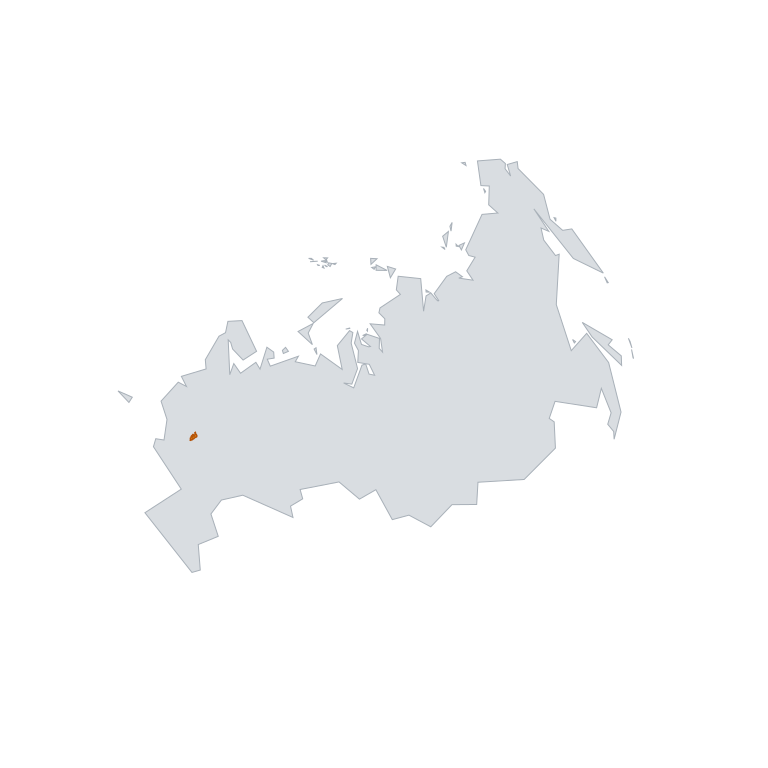 where Moskva sits in Russia, rotated 30°
{"feature_id": "RUS-2365", "entity_name": "Moskva", "entity_type": "Federal City", "adm_level": 1, "iso_a3": "RUS", "parent_name": "Russia", "parent_adm1": "", "projection": "orthographic", "projection_center": [37.264, 55.525], "detail": "fine", "context": "in_parent", "style": "filled", "palette": "amber", "viewbox_px": 768, "rotation_deg": 30, "n_neighbors": 0, "source": "natural_earth", "source_scale": "10m", "svg_char_len": 4602}
<svg xmlns="http://www.w3.org/2000/svg" viewBox="0 0 768 768"><g transform="rotate(30 384 384)"><path d="M603.3,289.8L610.9,316.8L606.7,310.3L597.9,307.0L595.1,295.4L574.4,279.1L580.0,298.3L540.8,313.5L544.3,331.2L550.3,331.7L564.5,353.8L553.1,396.6L514.5,422.1L524.5,442.0L503.2,454.5L495.9,484.3L471.2,485.1L459.0,497.3L429.8,479.6L420.3,496.0L394.0,491.3L364.1,517.3L371.0,524.1L364.1,536.5L371.9,545.1L317.3,550.9L301.2,565.8L299.1,583.1L316.6,598.8L303.4,615.9L317.9,637.0L311.9,643.2L241.3,615.0L261.0,576.4L215.7,553.6L213.7,545.5L221.5,542.5L213.8,523.2L199.5,510.3L204.9,485.3L214.2,484.9L204.7,478.7L222.4,459.9L217.1,452.3L217.2,425.1L221.1,418.8L217.5,407.8L229.3,400.1L257.3,419.4L250.0,433.7L235.4,429.4L230.4,424.6L227.0,423.7L245.8,453.1L243.7,441.4L254.4,446.4L262.2,429.3L269.2,433.1L264.2,410.7L272.5,411.5L275.9,416.5L270.5,420.9L276.6,425.4L296.0,402.7L296.0,409.1L315.4,402.8L314.0,389.7L340.5,392.3L324.4,374.1L327.5,355.0L331.3,355.0L335.1,365.0L353.4,383.9L356.2,400.2L348.5,403.3L359.7,402.5L355.5,378.7L358.1,375.8L366.1,382.9L371.5,381.1L361.4,374.3L350.5,378.4L345.1,367.8L338.0,363.4L334.8,351.7L344.7,361.0L352.1,359.5L353.5,358.3L342.0,356.2L344.5,349.4L357.3,346.8L362.0,355.5L366.8,357.1L358.3,346.3L341.9,338.8L355.1,332.6L352.1,327.1L344.0,324.9L342.5,320.1L353.4,298.2L347.6,296.3L342.4,283.6L363.1,274.4L381.9,301.2L376.4,286.7L379.0,281.7L387.8,284.9L389.3,285.1L389.7,284.4L382.3,280.7L384.5,259.4L389.9,251.0L398.3,251.9L395.8,254.9L409.2,249.6L399.1,244.6L399.5,228.6L393.2,230.3L387.7,226.9L384.1,188.1L397.1,179.0L385.1,176.5L376.2,159.9L368.7,163.7L353.4,144.1L372.4,131.1L378.9,132.4L381.2,137.0L389.7,140.6L381.0,132.3L388.2,124.8L392.4,130.4L427.4,140.0L445.4,158.3L461.9,161.6L469.1,155.8L518.5,178.3L485.2,180.6L426.2,157.4L450.4,169.4L442.0,170.4L450.4,179.5L468.3,187.0L470.8,184.0L493.5,229.1L529.5,261.5L534.2,238.8L567.8,253.1L603.3,289.8ZM305.3,330.7L292.6,366.0L284.7,364.2L290.0,344.7L305.3,330.7ZM524.9,231.5L559.5,231.6L558.6,238.0L575.4,241.0L580.5,249.1L540.7,239.2L524.9,231.5ZM283.3,381.5L292.4,367.0L292.9,377.8L302.3,385.7L283.3,381.5ZM369.6,234.4L360.9,226.7L363.5,219.7L369.6,234.4ZM317.6,284.7L329.9,284.1L320.3,289.5L317.6,284.7ZM309.6,281.9L315.3,279.0L312.9,286.9L309.6,281.9ZM328.1,280.5L336.6,278.6L336.4,288.8L328.1,280.5ZM365.6,218.1L362.2,214.4L362.2,210.0L365.6,218.1ZM157.1,523.0L172.6,521.3L172.3,527.5L157.1,523.0ZM261.9,312.9L265.2,310.8L258.8,315.1L261.9,312.9ZM379.6,226.5L383.1,221.6L384.0,229.2L379.6,226.5ZM284.9,403.5L281.6,407.9L279.2,405.7L280.4,401.5L284.9,403.5ZM268.1,309.1L270.7,306.9L272.9,308.0L268.1,309.1ZM278.5,305.7L278.6,309.2L275.7,308.9L275.4,306.8L278.5,305.7ZM281.8,305.1L279.0,305.6L282.2,303.3L281.8,305.1ZM307.0,386.6L311.2,392.0L306.0,388.7L307.0,386.6ZM318.0,286.8L318.1,289.6L315.1,289.2L318.0,286.8ZM268.6,304.9L272.1,303.0L271.6,305.5L268.6,304.9ZM343.4,151.5L345.8,153.8L340.7,153.6L343.4,151.5ZM258.3,311.5L261.1,312.0L255.9,312.9L258.3,311.5ZM326.6,353.0L323.4,355.6L326.3,352.7L326.6,353.0ZM373.3,281.6L377.4,281.7L374.5,283.3L373.3,281.6ZM372.4,164.9L375.7,166.4L375.7,167.9L372.4,164.9ZM275.3,311.2L273.0,310.7L276.4,310.6L275.3,311.2ZM272.4,305.4L274.4,307.2L271.6,306.5L272.4,305.4ZM572.8,222.2L575.8,224.1L580.7,228.8L572.8,222.2ZM272.0,312.0L274.1,313.6L272.2,313.9L272.0,312.0ZM343.8,349.0L342.4,352.1L341.6,352.2L343.8,349.0ZM449.9,154.4L451.5,157.1L448.1,154.9L449.9,154.4ZM376.5,226.9L379.6,227.8L377.6,228.5L376.5,226.9ZM525.1,251.2L528.7,251.5L528.3,253.3L525.1,251.2ZM521.4,180.9L527.5,184.1L526.7,184.8L521.4,180.9ZM269.1,313.4L267.6,314.4L266.8,313.9L269.1,313.4ZM341.9,343.9L343.3,346.5L342.3,346.2L341.9,343.9ZM367.6,235.7L369.6,237.0L365.7,236.5L367.6,235.7ZM586.6,236.8L581.1,230.3L587.4,237.2L586.6,236.8Z" fill="#d9dde1" stroke="#a8b0b8" stroke-width="1"/><path d="M244.4,529.6L244.2,529.2L244.2,528.7L243.9,528.4L243.7,528.2L243.5,527.9L243.4,527.6L243.8,526.9L243.3,525.9L243.3,525.1L243.9,525.0L243.9,525.7L244.6,525.7L244.8,524.3L245.8,523.8L245.5,523.1L245.5,522.8L245.7,522.4L245.7,522.1L245.9,521.9L245.6,521.5L245.8,521.4L246.0,521.9L246.3,521.8L246.5,521.8L246.8,521.7L247.3,522.0L247.7,522.3L247.8,522.5L247.9,522.9L248.1,523.1L248.1,523.3L247.9,523.3L247.8,523.9L247.5,524.3L247.2,524.5L246.9,525.4L246.6,526.4L246.1,526.3L245.8,526.8L246.1,527.1L245.9,528.0L245.4,528.5L245.2,528.3L244.8,528.8L244.8,529.4L244.4,529.6ZM244.2,523.1L244.6,523.2L244.5,523.5L244.3,523.6L244.0,523.7L243.7,523.6L243.8,523.2L244.2,523.1ZM244.8,520.3L245.2,520.6L245.3,520.9L245.0,521.2L244.6,520.9L244.8,520.3Z" fill="#f59e0b" stroke="#b45309" stroke-width="1.5"/></g></svg>